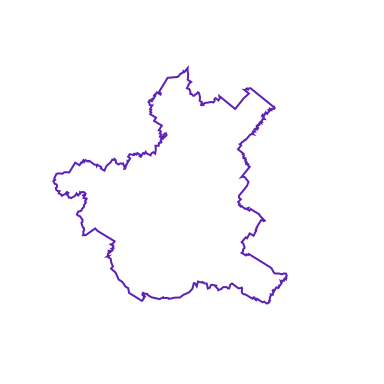 the district of Mitchell, Victoria, Australia, rotated 211°
{"feature_id": "25037944B63787272509894", "entity_name": "Mitchell", "entity_type": "district", "adm_level": 2, "iso_a3": "AUS", "parent_name": "Australia", "parent_adm1": "Victoria", "projection": "mercator", "projection_center": [145.144, -37.175], "detail": "fine", "context": "isolated", "style": "outline", "palette": "violet", "viewbox_px": 384, "rotation_deg": 211, "n_neighbors": 0, "source": "geoboundaries", "source_scale": "gbopen_adm2", "svg_char_len": 6064}
<svg xmlns="http://www.w3.org/2000/svg" viewBox="0 0 384 384"><g transform="rotate(211 192 192)"><path d="M70.4,151.4L70.8,152.5L70.3,154.0L68.9,153.9L68.3,154.8L69.1,156.8L68.5,157.0L68.2,159.6L69.9,161.2L68.7,161.1L68.9,161.9L68.6,161.8L68.6,162.6L67.5,163.3L68.0,163.9L67.6,165.3L66.5,165.4L67.0,166.4L67.5,166.3L66.9,167.1L67.8,167.8L67.7,169.1L69.5,170.5L71.7,169.1L72.5,167.8L75.3,167.0L78.6,165.0L80.4,165.1L84.4,167.5L86.5,167.8L111.4,168.1L111.5,166.9L113.1,166.6L113.1,165.4L118.1,165.4L117.6,167.0L118.6,169.2L118.1,170.7L118.4,171.6L121.6,174.3L123.6,174.6L122.5,180.9L121.0,180.7L121.2,186.2L116.7,186.2L117.1,192.1L117.8,192.1L117.9,194.6L118.3,194.6L118.3,203.4L117.0,203.9L116.5,204.7L115.7,204.8L115.4,204.3L114.9,204.9L122.0,206.7L122.6,207.5L133.0,207.6L133.2,205.6L135.5,205.6L135.5,207.3L137.7,204.9L142.5,205.5L142.7,204.6L145.2,205.2L144.9,206.4L147.3,207.1L146.4,210.9L148.9,211.4L149.8,212.8L148.0,225.6L148.8,229.8L154.5,231.9L156.5,231.2L157.3,230.3L155.5,243.3L157.5,243.5L158.1,244.8L159.8,243.9L160.2,245.6L161.0,246.0L161.4,245.3L162.4,246.2L162.6,247.4L163.0,247.3L163.5,248.4L165.0,248.2L165.0,247.6L165.5,247.6L166.2,248.5L166.2,249.9L167.8,250.5L167.5,251.3L174.6,252.3L173.9,257.3L175.6,257.6L175.1,258.3L174.8,260.8L174.0,261.7L173.6,263.8L172.9,264.1L171.6,271.3L170.6,272.2L170.8,272.8L169.2,273.2L170.1,273.5L170.2,274.9L170.7,275.2L169.3,276.1L170.1,276.3L170.0,277.0L170.8,277.7L170.4,278.7L168.3,279.1L168.4,280.4L169.5,280.3L170.1,281.2L169.1,281.5L170.1,282.2L169.7,282.4L170.1,283.3L168.9,284.2L169.0,284.8L169.7,284.8L169.7,285.5L169.4,286.3L168.4,286.5L169.3,287.0L168.1,288.1L169.0,288.4L168.7,290.9L169.1,291.3L167.4,292.0L168.7,292.5L169.3,293.6L171.2,293.3L171.1,294.6L170.6,294.3L169.6,295.0L169.7,297.0L168.8,296.9L169.3,297.2L168.8,297.5L169.3,298.2L167.8,297.9L168.0,298.8L167.3,300.9L168.5,301.7L167.2,302.4L168.2,302.6L168.3,303.5L166.1,303.4L166.2,304.7L165.0,305.3L165.0,306.2L164.4,305.9L164.3,306.5L165.9,307.4L166.9,307.1L195.3,311.1L196.8,309.8L196.8,308.7L198.2,309.1L198.8,308.0L198.6,307.0L199.6,306.5L193.9,305.7L195.9,299.1L197.8,285.4L217.9,288.3L216.5,286.7L216.5,284.1L220.1,284.6L220.6,283.0L219.6,281.9L219.7,279.8L221.5,279.3L226.8,274.9L227.6,273.5L226.9,272.5L228.6,271.2L229.1,271.3L229.8,274.1L232.5,274.2L233.8,277.2L237.0,280.5L238.4,280.5L238.6,278.3L239.4,277.4L239.6,275.8L240.7,275.1L242.8,275.8L243.9,275.2L245.4,277.6L247.4,278.8L249.7,278.3L250.3,283.5L249.4,285.9L253.5,286.0L256.1,291.4L258.0,293.2L259.6,296.1L260.3,291.0L261.6,291.2L261.2,289.7L262.9,287.2L262.9,285.4L263.6,283.2L271.7,277.3L271.8,261.0L269.6,260.5L269.2,259.3L273.4,259.3L273.4,256.4L274.1,256.4L274.2,254.9L273.0,254.9L273.0,252.0L273.8,251.8L274.7,249.4L273.1,249.7L273.1,249.1L275.6,248.7L275.6,246.8L274.9,246.9L273.1,245.0L273.9,245.0L273.1,244.9L271.9,245.1L270.7,245.8L270.7,241.5L269.3,241.5L269.3,239.3L267.9,239.3L267.9,237.2L261.1,237.2L261.1,233.4L252.1,233.4L252.2,227.8L251.4,228.2L249.8,227.8L249.8,225.5L248.0,225.5L248.0,222.9L245.6,223.6L245.6,227.9L244.5,228.9L243.1,227.6L243.8,224.6L244.6,223.7L244.4,222.6L245.2,222.7L245.9,221.8L245.7,220.5L243.9,219.2L243.9,218.5L245.2,217.8L245.1,217.1L245.5,216.8L244.4,214.5L247.1,212.9L244.9,209.7L243.3,205.9L245.6,206.2L246.3,205.2L246.7,203.2L246.4,202.1L250.9,201.7L252.4,202.5L252.4,200.3L254.0,200.3L254.0,195.8L255.5,195.8L255.5,197.2L258.9,197.2L258.9,195.5L260.5,195.5L260.5,194.4L261.2,194.4L261.0,193.8L261.7,193.4L264.9,192.3L264.9,189.3L262.3,189.0L262.3,185.4L263.2,185.4L262.4,183.8L262.1,181.9L262.5,181.4L261.5,178.5L261.4,177.4L261.9,177.0L262.3,178.4L265.5,180.7L265.5,179.8L265.7,180.5L268.0,179.7L269.4,177.6L272.3,178.0L273.8,180.0L275.5,180.4L275.5,179.2L277.0,178.8L277.0,175.5L278.7,170.5L278.1,165.2L282.2,165.2L282.6,166.6L287.2,166.6L287.1,165.4L287.7,166.0L290.1,165.2L296.1,165.8L296.9,165.1L296.9,164.5L299.8,164.5L299.9,162.2L301.5,163.2L301.5,160.1L302.2,160.1L302.2,157.0L307.2,157.0L307.3,145.6L310.8,143.7L311.8,142.8L312.4,141.0L316.3,139.1L317.5,137.5L317.0,132.4L315.6,131.9L316.5,130.0L313.8,128.3L312.6,128.7L311.3,128.3L310.4,126.8L310.8,125.1L309.5,124.0L307.7,123.7L306.0,124.5L305.7,122.3L302.7,122.4L301.7,121.7L299.6,125.0L299.3,127.5L297.6,127.6L297.6,125.3L295.8,124.8L294.8,123.8L293.6,124.5L292.5,124.5L290.3,128.4L290.2,131.3L288.4,130.3L287.6,130.5L288.0,131.7L287.1,132.8L287.8,134.2L286.8,134.2L286.6,135.0L284.8,136.2L282.5,135.9L282.0,134.4L283.6,133.6L283.7,133.0L282.1,132.6L281.9,131.1L279.0,132.1L278.6,131.0L279.2,130.2L278.8,128.9L277.5,128.3L277.9,125.6L277.0,123.1L277.5,121.5L277.3,118.8L279.4,116.6L279.2,113.6L278.1,113.1L275.4,113.5L271.4,111.7L270.5,109.7L270.9,108.8L270.3,107.9L267.1,105.4L266.4,105.6L264.8,103.9L264.9,102.4L263.2,99.7L263.1,98.9L260.9,100.3L256.2,110.9L253.0,110.0L233.0,109.9L233.2,106.8L234.6,105.3L231.5,105.2L231.3,104.0L230.5,103.6L231.7,102.1L230.4,102.0L230.0,101.1L230.5,100.1L233.2,98.7L232.8,97.9L231.3,98.0L232.2,95.7L231.2,94.1L231.5,93.3L230.5,94.1L230.9,93.0L227.4,92.9L224.7,89.8L221.5,87.5L221.9,84.6L216.0,83.6L209.8,79.2L205.9,79.1L203.0,78.1L200.8,76.7L197.1,76.7L194.0,73.1L178.9,72.9L178.6,73.4L178.6,77.9L179.1,77.7L178.9,78.3L179.5,78.5L181.5,78.3L181.9,78.8L182.0,80.4L180.1,80.5L177.9,81.6L176.8,80.9L172.4,80.9L164.5,83.6L162.5,86.9L161.8,86.5L158.1,88.8L156.7,88.5L152.1,92.8L148.0,95.3L146.4,99.4L142.9,104.4L141.8,109.2L143.5,114.8L142.4,115.2L139.3,113.6L140.8,118.3L136.3,119.7L136.3,120.3L133.6,120.3L132.2,121.1L128.7,117.4L127.4,119.1L127.9,121.7L127.2,122.7L123.3,124.1L123.5,123.3L119.1,122.0L118.9,121.5L117.0,123.8L116.4,126.4L113.4,128.3L111.4,127.9L110.5,128.4L111.4,132.3L110.6,134.2L103.3,133.4L101.7,133.8L100.0,135.7L99.1,134.8L98.1,132.2L96.6,131.1L94.9,131.0L93.7,131.7L85.1,131.7L85.1,133.3L84.1,133.8L82.8,132.6L81.3,132.3L81.3,133.9L74.8,133.8L73.6,135.2L70.6,134.9L69.5,135.9L69.1,137.4L69.8,138.2L69.2,139.0L70.3,140.2L71.1,142.8L71.0,144.2L71.7,144.9L69.9,145.5L70.5,146.8L70.5,148.8L71.7,148.6L72.1,149.1L71.8,150.1L70.7,150.2L70.4,151.4Z" fill="none" stroke="#5b21b6" stroke-width="2"/></g></svg>